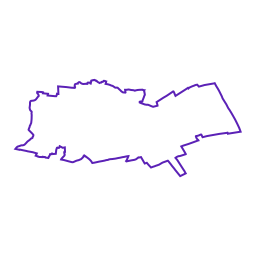 outline of Viisoara, Vaslui, Romania
{"feature_id": "2599482B20766138756023", "entity_name": "Viisoara", "entity_type": "district", "adm_level": 2, "iso_a3": "ROU", "parent_name": "Romania", "parent_adm1": "Vaslui", "projection": "natural_earth1", "projection_center": [27.881, 46.387], "detail": "fine", "context": "isolated", "style": "outline", "palette": "violet", "viewbox_px": 256, "rotation_deg": 0, "n_neighbors": 0, "source": "geoboundaries", "source_scale": "gbopen_adm2", "svg_char_len": 5487}
<svg xmlns="http://www.w3.org/2000/svg" viewBox="0 0 256 256"><path d="M228.0,133.7L240.6,131.7L239.2,127.9L237.4,124.1L235.1,119.5L232.5,114.9L231.1,112.5L229.3,109.6L228.4,108.4L227.6,106.9L226.3,104.3L225.4,102.9L224.4,101.3L222.6,98.4L221.8,96.3L219.1,90.9L217.8,88.6L216.3,86.2L214.7,83.2L214.1,83.4L204.2,85.1L203.3,85.4L198.9,86.6L198.1,85.7L197.2,84.7L196.0,84.9L195.0,85.2L193.7,85.8L193.3,85.9L191.5,86.6L189.4,87.6L188.9,88.0L188.4,88.5L187.9,87.9L185.2,89.7L175.5,95.9L175.2,95.3L174.0,92.3L173.5,91.5L173.2,91.4L171.4,92.6L168.6,94.5L167.4,95.3L166.5,95.9L163.4,97.7L156.6,102.1L157.5,105.1L157.5,105.7L153.1,106.8L151.2,106.1L148.7,105.0L147.8,104.7L147.3,104.8L146.9,104.8L145.7,104.6L144.9,104.5L141.0,103.1L139.9,102.6L139.7,102.5L139.7,101.8L140.3,101.5L140.8,101.6L141.1,101.5L142.0,101.5L142.4,101.4L142.5,100.7L144.0,96.8L144.1,96.3L144.8,94.9L144.7,94.7L144.8,94.1L144.6,93.6L144.6,93.2L144.6,92.9L144.4,92.4L144.4,91.8L144.2,91.6L144.0,90.4L144.2,90.2L143.7,90.1L143.0,90.0L142.6,89.7L142.2,89.8L141.7,89.7L140.1,89.8L139.6,89.8L137.5,90.0L137.1,90.1L136.0,90.3L135.0,90.6L134.9,90.7L134.7,90.7L134.0,90.3L133.7,90.3L133.4,90.2L131.2,90.0L128.7,89.5L127.8,89.6L126.6,89.8L125.1,89.8L125.5,92.5L125.4,92.6L123.0,92.4L121.7,91.6L120.9,90.9L120.7,90.6L118.5,88.6L117.7,87.8L117.5,87.7L116.6,87.6L115.8,87.7L115.3,87.7L112.8,86.0L112.0,85.7L111.4,85.6L109.9,84.9L108.9,84.6L107.9,84.3L105.6,83.9L106.1,82.2L106.2,81.5L105.8,81.5L105.1,81.0L104.6,80.9L104.0,80.9L103.7,80.9L103.6,81.2L103.5,81.4L103.3,81.4L102.9,81.7L102.6,81.9L102.2,81.8L101.7,81.9L101.3,82.3L101.2,82.5L100.7,82.5L100.2,82.7L100.0,82.8L99.6,83.0L99.4,82.8L98.8,82.6L97.5,81.8L96.8,81.0L96.3,80.7L96.1,80.9L95.1,80.3L94.9,80.0L94.4,79.9L94.1,80.1L93.2,80.0L93.0,80.3L92.8,80.4L91.4,80.5L91.2,80.7L90.9,82.8L90.7,83.6L90.4,83.5L89.7,82.6L87.9,82.6L87.7,83.0L87.4,83.9L86.8,83.9L86.8,83.6L86.6,83.5L85.9,83.8L83.3,84.0L82.7,83.9L82.0,83.7L81.2,83.3L80.6,82.9L80.0,82.3L79.4,82.1L79.2,82.1L78.9,82.2L78.0,82.9L77.8,83.3L77.8,83.6L76.6,83.7L76.5,83.8L76.0,83.9L75.1,84.2L75.0,84.4L74.8,84.8L74.8,85.4L74.7,85.7L74.6,86.0L74.7,86.3L75.1,87.0L75.1,87.3L74.9,87.8L74.7,87.9L71.4,87.7L66.6,87.1L58.1,86.4L58.4,94.0L57.7,94.0L57.0,93.8L56.9,94.3L56.8,94.7L56.6,95.4L56.2,96.2L55.0,96.2L47.6,95.5L48.0,93.8L42.9,93.3L43.1,92.3L42.9,92.2L41.5,92.0L37.3,91.8L37.1,92.8L37.2,93.1L37.5,93.5L37.8,93.8L38.2,94.2L38.5,95.0L38.7,95.5L38.7,96.0L37.9,96.8L37.0,98.0L36.0,99.3L35.3,99.9L34.5,100.3L33.4,100.6L31.6,100.8L31.0,100.9L30.6,101.1L30.1,102.0L30.0,102.7L30.0,103.8L30.0,104.7L29.6,107.8L29.8,108.9L30.1,109.9L30.4,110.4L31.2,111.2L31.6,111.6L31.7,112.1L31.5,113.6L31.7,114.9L31.6,118.8L31.5,120.2L31.2,122.9L30.6,124.3L30.3,125.1L29.9,125.6L29.6,127.0L29.3,127.7L28.6,129.5L28.7,130.0L32.1,133.4L32.9,134.3L33.4,135.0L33.3,135.7L33.1,136.3L32.7,136.8L32.5,137.8L32.3,138.0L32.0,138.2L31.6,138.3L31.0,138.6L30.5,139.1L29.8,139.8L27.5,141.5L25.8,143.4L24.6,144.6L24.1,144.9L22.9,145.3L21.4,145.3L20.6,145.6L20.1,145.8L18.3,146.4L17.6,146.6L16.7,147.3L15.4,148.9L16.3,149.1L19.5,149.8L19.6,149.6L19.9,149.6L23.2,150.3L26.6,151.0L27.6,151.3L32.7,152.2L36.8,153.4L35.7,155.7L37.7,156.3L37.7,156.5L39.4,157.0L40.1,157.0L41.0,157.0L41.9,157.1L42.1,157.1L42.2,156.9L42.8,156.7L43.2,157.0L43.5,157.1L43.8,157.0L44.9,157.0L45.0,157.3L45.9,157.7L46.7,157.7L48.3,158.0L48.7,157.4L48.8,157.0L48.8,156.6L49.3,156.0L49.6,155.7L49.8,155.3L49.9,154.9L49.9,154.6L50.1,154.1L50.3,154.1L51.7,154.2L52.1,153.5L53.1,154.0L53.4,154.0L55.8,153.8L56.2,150.2L56.3,149.7L56.9,147.9L57.3,147.6L57.8,147.8L58.6,147.9L58.7,147.7L59.3,147.6L59.7,146.2L60.2,146.4L60.9,146.9L61.6,147.1L62.2,147.6L62.7,147.8L64.8,147.4L65.0,151.9L64.3,152.0L64.2,152.4L64.3,153.1L64.4,153.7L64.6,154.0L64.5,154.3L64.7,154.8L64.6,155.1L64.5,155.4L64.2,155.9L62.7,157.4L61.9,158.3L61.3,159.0L61.1,159.5L63.8,160.0L69.3,161.5L72.1,162.2L72.5,162.2L73.3,162.1L74.2,161.7L76.2,160.8L77.5,160.4L78.5,160.2L80.9,159.2L81.4,158.9L81.8,158.4L82.1,158.2L82.8,157.5L83.2,157.0L83.4,156.3L84.2,155.4L85.1,156.0L85.1,156.3L85.3,156.5L85.6,156.6L85.8,156.5L88.8,158.8L89.9,159.8L91.1,161.1L92.0,162.5L92.3,163.0L94.7,162.6L99.2,161.6L102.6,161.0L104.6,160.6L106.3,160.1L108.0,159.9L108.7,159.5L109.3,159.4L110.0,159.2L112.7,159.0L113.2,158.9L114.1,158.8L115.5,158.6L118.3,158.0L119.6,157.8L121.0,157.5L122.8,157.1L123.7,157.0L126.4,156.4L128.4,156.1L128.3,156.5L126.9,159.7L126.4,160.8L126.1,161.1L126.4,161.4L131.6,160.3L132.9,160.1L134.5,159.8L135.4,159.5L135.9,159.3L136.4,159.0L137.9,157.8L138.4,157.4L138.5,157.4L138.7,157.6L141.0,157.1L144.7,163.5L146.8,162.8L147.4,163.5L148.3,164.6L151.0,167.5L152.1,167.1L152.9,166.8L154.5,166.3L156.3,165.6L157.6,165.2L158.3,164.9L159.0,164.7L161.0,163.5L161.8,163.0L162.8,162.5L167.8,160.7L167.9,160.8L168.1,160.9L170.9,164.4L172.0,165.9L174.3,168.7L175.0,169.7L180.2,176.1L185.7,173.4L185.1,172.4L184.5,171.2L184.2,170.7L183.5,169.7L181.7,166.9L177.2,159.9L175.5,157.9L176.2,157.4L176.4,157.1L178.4,156.2L179.5,156.1L180.4,155.9L184.1,154.7L185.1,154.4L185.7,154.2L185.8,154.1L184.5,151.8L181.3,146.4L183.3,145.6L188.4,144.0L193.7,142.1L198.0,140.5L198.4,140.4L198.2,140.0L197.8,139.8L196.8,138.6L196.6,138.3L196.4,137.7L195.9,136.7L195.9,136.2L196.2,136.0L196.7,136.0L197.3,135.9L198.9,135.4L199.5,135.1L200.4,134.7L201.0,134.5L201.3,134.6L201.5,134.9L202.4,136.9L202.6,137.2L206.9,136.1L209.6,135.6L219.3,133.9L226.7,132.9L227.3,132.7L227.6,132.7L228.0,133.3L228.0,133.7Z" fill="none" stroke="#5b21b6" stroke-width="2"/></svg>